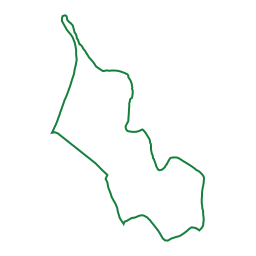 the district of Rashid, Al Buhayrah, Egypt
{"feature_id": "37247803B15072818430421", "entity_name": "Rashid", "entity_type": "district", "adm_level": 2, "iso_a3": "EGY", "parent_name": "Egypt", "parent_adm1": "Al Buhayrah", "projection": "robinson", "projection_center": [30.428, 31.379], "detail": "fine", "context": "isolated", "style": "outline", "palette": "green", "viewbox_px": 256, "rotation_deg": 0, "n_neighbors": 0, "source": "geoboundaries", "source_scale": "gbopen_adm2", "svg_char_len": 4517}
<svg xmlns="http://www.w3.org/2000/svg" viewBox="0 0 256 256"><path d="M199.3,230.4L199.8,229.9L201.9,227.7L203.0,225.8L203.3,223.9L203.2,222.7L203.5,222.2L203.7,219.8L203.6,217.6L203.4,216.3L203.2,214.2L203.1,212.5L203.2,211.2L202.9,210.1L202.5,209.0L202.2,207.7L202.2,205.6L201.9,204.4L201.8,203.5L201.7,199.3L202.0,196.1L202.0,194.3L202.1,192.0L202.6,188.3L203.1,186.2L203.5,183.7L203.7,182.3L203.8,181.0L204.0,178.5L203.9,177.3L203.2,175.9L202.3,174.5L200.5,172.7L199.3,171.6L198.2,170.9L197.9,170.7L196.2,169.9L195.1,168.8L190.9,165.8L189.8,165.2L189.4,164.9L186.4,163.0L183.5,161.3L180.9,159.6L178.9,158.3L177.8,157.8L176.6,157.5L174.3,157.4L171.3,157.7L170.2,158.1L169.7,158.9L168.5,160.9L167.5,162.8L166.7,164.4L165.9,165.1L164.9,167.1L163.5,168.5L162.2,169.5L160.8,170.0L160.0,170.1L158.8,170.1L158.1,169.5L157.4,168.4L157.0,167.7L156.0,165.8L156.0,165.0L155.2,162.8L154.8,161.8L153.9,159.3L153.9,159.2L153.6,158.8L153.1,158.3L152.9,157.9L152.9,157.5L152.9,156.7L152.7,155.5L152.1,154.2L151.7,153.0L151.0,149.4L151.0,145.9L150.8,144.0L150.1,142.7L149.9,141.0L149.6,139.4L148.8,138.0L147.7,136.3L145.8,133.1L143.8,130.7L142.5,129.5L142.2,129.6L141.2,129.9L140.3,130.5L138.8,131.1L136.1,131.8L133.9,131.9L131.3,131.7L129.1,131.4L127.6,131.0L127.1,130.6L126.6,129.9L126.2,129.2L125.8,128.3L125.7,127.4L125.6,126.4L125.9,125.6L126.9,123.8L127.9,121.9L128.4,120.5L128.4,118.6L128.7,115.4L128.9,111.6L129.0,109.1L129.3,105.8L129.2,103.5L129.8,101.6L130.0,100.0L130.3,99.1L131.9,97.9L132.3,96.2L132.7,93.2L132.7,90.5L132.3,89.5L132.0,88.3L132.3,87.6L132.2,86.6L131.9,85.2L131.8,84.3L131.6,83.4L130.5,80.5L129.1,78.3L128.3,77.1L128.3,76.2L128.2,75.4L127.4,74.3L125.6,73.4L125.2,73.2L120.9,71.6L117.7,70.8L114.4,70.5L112.8,70.5L111.1,70.5L109.9,70.8L106.5,70.4L104.0,71.0L103.0,71.0L102.0,70.5L99.3,68.7L97.2,67.3L96.5,66.9L95.9,66.1L95.3,65.4L95.0,64.8L94.4,63.8L93.5,62.5L91.3,59.9L89.1,57.5L85.0,50.8L83.0,48.4L83.0,48.1L82.1,46.5L80.4,44.5L79.5,44.4L78.7,42.0L77.9,39.7L76.8,38.3L76.8,37.3L76.7,36.8L75.9,34.2L74.5,32.3L74.3,31.4L73.5,28.1L72.8,25.5L70.9,23.4L69.2,22.0L68.1,20.9L67.7,20.6L67.5,20.0L67.0,19.1L66.9,17.8L66.6,16.4L66.0,15.8L65.6,15.4L64.7,15.4L62.7,16.1L62.1,17.6L62.0,18.4L61.9,19.1L62.0,21.1L63.5,23.8L64.0,24.7L65.8,27.9L66.2,28.6L67.3,30.4L69.1,32.6L71.0,34.8L72.2,36.7L72.6,37.2L74.2,41.3L74.4,41.8L75.0,43.9L75.4,45.8L75.6,46.8L76.2,50.6L76.1,53.8L76.7,59.9L76.2,62.4L75.8,64.8L74.6,69.8L74.3,72.0L73.8,74.5L72.4,78.6L71.5,81.4L70.9,83.5L70.0,86.4L68.9,89.2L68.5,90.4L68.3,91.2L66.9,94.8L65.6,98.0L64.6,100.0L63.8,102.5L62.9,105.0L62.3,106.7L61.6,108.6L61.0,110.4L60.2,112.5L59.9,113.7L59.3,115.5L58.6,117.1L57.9,119.2L57.1,121.5L55.5,125.3L54.7,126.9L53.7,129.2L52.0,132.8L53.3,132.5L54.5,132.2L56.0,132.7L57.2,133.1L57.7,133.3L58.0,133.5L58.7,134.1L66.9,140.6L90.6,159.4L92.6,161.0L94.1,162.2L95.9,163.6L96.0,163.8L99.5,167.3L100.6,168.5L102.3,170.2L104.1,171.9L105.2,172.9L106.4,174.0L107.4,175.0L106.1,177.8L105.6,178.9L107.1,181.8L107.3,182.3L107.4,182.6L107.7,184.2L107.9,185.5L108.1,186.6L108.2,187.0L108.3,187.5L109.1,189.6L109.8,191.3L110.5,193.2L110.7,193.8L111.2,195.6L111.7,197.0L111.9,197.6L112.8,198.9L112.9,199.2L113.8,201.0L114.1,201.4L115.0,202.9L115.2,203.4L116.1,205.0L116.2,205.6L117.4,208.4L117.5,210.2L117.6,210.5L118.1,212.5L119.0,215.4L119.5,217.2L119.8,218.2L120.1,218.5L120.9,219.9L121.2,220.3L121.8,221.2L122.2,221.8L122.6,222.4L123.0,222.9L123.2,223.2L123.6,223.9L123.9,223.1L124.4,222.3L124.8,221.5L126.8,220.9L128.7,219.7L129.7,219.1L131.8,218.0L132.1,218.0L133.2,217.7L134.2,217.8L136.3,217.0L138.8,215.9L140.5,215.5L141.8,215.3L142.1,215.3L143.7,215.5L145.0,216.2L145.3,216.4L145.6,216.6L146.2,217.0L146.7,217.1L146.9,217.2L147.3,217.6L148.2,218.4L148.4,218.7L149.1,219.4L150.1,220.3L150.3,220.7L151.9,222.7L153.3,224.4L154.5,225.9L155.7,227.4L156.5,228.5L157.1,229.3L158.0,230.3L158.5,231.3L158.8,231.7L159.1,232.1L159.7,233.1L160.3,234.1L160.7,234.9L161.2,235.7L161.8,236.7L162.3,237.6L162.8,238.5L163.9,239.3L164.8,240.3L167.6,240.6L167.8,240.6L168.6,240.2L169.4,239.7L169.6,239.6L170.0,239.3L170.4,239.1L171.1,238.6L171.8,238.4L172.1,238.3L173.9,237.7L174.8,237.4L175.7,237.1L176.7,236.8L177.2,236.7L178.3,236.4L179.2,236.2L179.5,236.0L180.3,235.6L181.3,235.0L181.7,234.8L183.3,233.7L184.9,232.6L185.6,232.0L186.3,231.4L187.4,230.6L188.6,229.4L189.8,228.5L191.0,227.6L191.5,227.5L191.9,227.3L192.7,227.6L193.4,227.6L193.9,227.6L194.2,227.7L194.8,227.8L195.1,227.9L196.4,228.6L196.6,228.4L199.3,230.4Z" fill="none" stroke="#15803d" stroke-width="2"/></svg>